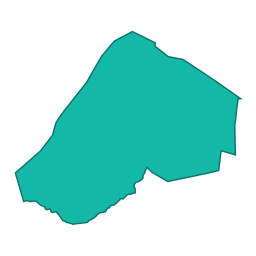 San Pedro Nopala, Oaxaca, Mexico (Mercator projection)
{"feature_id": "50627088B60973243013537", "entity_name": "San Pedro Nopala", "entity_type": "district", "adm_level": 2, "iso_a3": "MEX", "parent_name": "Mexico", "parent_adm1": "Oaxaca", "projection": "mercator", "projection_center": [-97.588, 17.813], "detail": "fine", "context": "isolated", "style": "filled", "palette": "teal", "viewbox_px": 256, "rotation_deg": 0, "n_neighbors": 0, "source": "geoboundaries", "source_scale": "gbopen_adm2", "svg_char_len": 1583}
<svg xmlns="http://www.w3.org/2000/svg" viewBox="0 0 256 256"><path d="M120.5,37.8L114.4,41.1L105.8,51.2L101.5,56.4L86.5,82.5L64.7,110.1L59.0,117.9L55.9,123.0L54.4,128.3L52.6,135.1L40.8,150.6L27.0,162.8L15.4,172.9L23.7,201.5L26.0,200.8L27.5,200.7L28.7,201.0L29.8,201.5L31.8,201.5L33.3,201.2L35.7,201.0L36.5,201.7L40.1,204.7L41.9,205.7L44.8,207.0L45.0,208.0L45.6,209.1L46.5,209.8L47.7,209.2L50.2,209.0L50.6,210.2L50.9,211.3L51.5,212.1L52.4,212.5L53.6,212.3L55.9,211.7L57.3,213.1L58.3,214.2L59.2,215.4L59.8,216.2L60.7,217.5L61.8,219.2L62.7,220.4L67.3,222.6L69.1,222.9L71.8,223.7L73.3,224.4L74.2,224.0L75.4,223.8L85.2,222.7L86.6,222.5L87.7,222.2L88.1,221.4L89.1,220.3L90.9,219.7L91.9,218.9L93.4,218.3L95.0,217.0L96.3,215.9L97.1,214.7L98.4,213.9L99.5,212.9L105.4,211.7L106.2,210.5L107.5,208.1L109.5,207.8L110.1,205.9L112.9,205.1L114.4,204.8L118.8,200.7L119.6,200.2L120.2,198.7L122.0,198.7L123.3,198.9L124.2,197.6L125.1,197.1L126.7,195.1L129.0,194.0L130.6,194.3L132.7,193.3L135.2,192.9L135.2,189.1L134.4,187.5L133.9,186.2L134.1,185.1L134.6,183.9L135.7,182.5L137.1,182.0L139.2,181.2L140.9,180.1L142.3,178.9L142.9,177.8L143.1,174.9L143.9,174.1L144.6,173.2L144.7,171.7L147.2,167.4L152.1,172.4L161.3,177.7L167.7,181.5L176.6,179.6L177.1,179.5L195.2,175.8L200.0,174.7L206.5,173.4L206.8,173.3L209.2,172.8L209.3,172.7L209.6,172.7L209.9,172.6L218.6,170.5L221.1,150.7L235.4,154.9L234.8,128.8L234.8,125.4L235.5,120.6L236.6,109.7L238.1,98.8L240.6,98.7L216.3,81.6L182.9,59.4L168.3,56.7L155.0,46.2L155.3,42.9L149.8,40.2L132.4,31.6L120.5,37.8Z" fill="#14b8a6" stroke="#0f766e" stroke-width="1.5"/></svg>